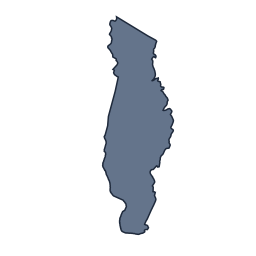 the district of Santo Domingo, Heredia, Costa Rica, rotated 294°
{"feature_id": "36466004B42528660936066", "entity_name": "Santo Domingo", "entity_type": "district", "adm_level": 2, "iso_a3": "CRI", "parent_name": "Costa Rica", "parent_adm1": "Heredia", "projection": "orthographic", "projection_center": [-84.061, 9.988], "detail": "fine", "context": "isolated", "style": "filled", "palette": "slate", "viewbox_px": 256, "rotation_deg": 294, "n_neighbors": 0, "source": "geoboundaries", "source_scale": "gbopen_adm2", "svg_char_len": 5750}
<svg xmlns="http://www.w3.org/2000/svg" viewBox="0 0 256 256"><g transform="rotate(294 128 128)"><path d="M224.9,72.3L224.1,72.8L223.0,73.3L222.0,73.3L220.8,73.0L220.3,72.6L220.2,72.2L220.2,70.9L220.1,70.3L219.7,69.6L219.4,69.0L219.0,68.8L217.6,68.7L215.9,69.0L215.0,69.4L214.5,70.0L213.9,71.1L212.5,72.6L211.1,72.9L210.6,73.1L209.7,73.2L208.3,73.1L207.1,72.9L206.3,72.9L205.9,73.1L205.9,73.4L205.4,74.1L205.0,75.1L204.7,75.6L204.0,76.1L203.5,76.3L203.5,76.5L203.4,76.8L202.2,77.4L200.8,77.6L200.0,77.9L199.1,78.1L198.6,78.1L197.6,77.8L196.3,77.2L195.8,76.8L195.0,76.5L194.9,76.4L194.5,76.4L193.9,76.5L193.2,77.0L193.0,77.3L192.8,78.0L191.9,79.7L191.9,80.0L191.5,80.6L191.0,81.1L189.7,82.9L189.2,83.9L186.7,85.3L186.4,88.8L186.3,89.0L186.0,89.3L185.9,89.4L184.8,89.7L184.5,90.8L183.4,92.1L182.7,92.3L181.3,92.3L175.4,90.4L175.3,91.4L175.0,92.1L173.0,92.3L172.5,92.5L171.4,93.8L171.2,94.3L171.1,94.9L171.0,95.3L170.9,96.0L170.6,97.0L170.6,98.4L156.2,101.4L130.6,105.4L121.8,108.5L112.2,110.0L112.2,109.9L110.4,109.8L110.2,110.1L109.8,110.2L109.5,110.6L109.1,110.8L108.3,111.9L108.0,112.2L107.8,112.6L107.4,112.8L106.6,113.6L106.2,113.8L105.8,113.9L105.2,114.3L103.7,114.4L103.3,114.5L102.3,114.6L101.4,114.8L100.5,114.9L100.0,115.0L98.6,115.1L97.9,115.5L97.0,115.8L96.8,116.6L96.4,117.4L95.9,117.8L95.1,118.1L94.7,118.4L93.8,118.4L93.4,118.6L92.6,118.9L90.2,118.9L89.8,119.1L88.4,119.1L88.0,119.3L85.6,119.3L85.3,119.6L84.0,120.0L83.6,120.0L83.3,120.3L82.6,120.7L82.0,121.3L81.5,122.1L80.3,123.5L80.2,123.9L79.8,124.1L79.8,124.6L78.5,125.9L78.1,126.0L77.4,126.7L77.0,126.9L76.6,127.2L75.8,128.4L75.1,129.0L74.9,129.4L74.1,130.2L73.4,130.8L72.7,131.5L72.6,131.9L71.9,132.6L71.2,133.1L70.7,133.6L70.3,133.9L69.9,134.1L69.7,134.3L69.2,134.5L68.1,135.2L67.2,135.5L66.6,136.0L65.7,136.2L64.9,136.6L64.4,136.7L63.2,137.3L62.9,137.7L62.7,138.1L62.3,138.2L61.9,139.0L61.6,139.3L61.5,139.7L60.6,141.2L60.1,142.4L60.1,152.8L59.7,153.5L59.4,153.9L59.4,154.3L58.9,155.1L58.8,155.5L58.2,156.1L58.2,156.5L57.5,157.2L56.7,157.6L56.3,158.0L55.5,158.5L51.3,158.5L50.7,157.9L50.0,157.6L49.8,157.3L49.4,157.1L45.6,157.1L44.7,157.3L42.4,157.3L41.9,157.4L41.5,157.7L41.1,157.8L40.6,157.8L40.3,158.0L39.9,158.0L38.2,158.8L38.0,159.2L37.5,159.2L36.8,159.8L35.5,160.5L35.0,161.1L34.5,161.2L34.2,161.6L33.1,162.3L32.9,162.7L32.5,162.8L31.8,163.5L31.6,163.9L31.3,164.2L31.3,164.7L31.1,165.0L31.1,168.3L31.3,168.7L31.3,169.1L31.5,169.4L31.8,169.7L31.8,170.2L32.0,170.6L32.4,172.0L32.7,172.4L32.8,172.8L33.2,173.6L33.3,174.4L33.6,174.8L33.7,175.7L34.2,176.9L34.2,177.8L35.0,180.6L35.4,181.3L36.4,182.1L36.6,182.5L36.9,182.7L37.7,183.9L37.8,184.0L38.4,184.6L38.5,184.6L38.9,184.9L39.2,185.1L39.3,185.2L39.9,185.5L40.1,185.5L40.7,184.8L41.4,184.7L42.2,185.2L42.6,185.8L43.0,186.5L43.1,187.0L45.2,187.3L46.4,185.9L46.7,185.7L46.8,185.4L46.9,184.6L46.7,183.7L46.7,182.4L46.8,182.3L50.3,182.3L52.7,182.6L61.5,182.6L61.9,182.6L63.4,182.6L63.8,182.7L66.3,182.7L67.2,182.8L72.3,182.8L73.9,182.6L74.6,182.2L75.0,181.9L77.0,179.7L80.2,179.1L80.1,178.9L80.4,177.8L80.0,176.9L80.0,176.7L80.8,176.5L82.7,175.7L84.2,175.1L84.4,174.9L84.9,173.9L85.4,173.8L86.5,174.1L89.1,174.4L89.4,174.4L90.0,174.1L90.8,173.4L92.4,171.6L92.8,170.6L93.4,170.3L93.7,170.0L93.8,169.4L94.7,168.0L95.3,167.1L96.3,166.3L97.1,166.0L98.2,166.0L99.4,166.4L99.6,166.6L100.4,167.9L100.8,168.1L102.4,168.6L105.0,169.5L105.1,169.9L104.5,170.8L104.4,171.2L105.0,171.7L105.3,172.2L109.5,171.1L109.9,170.8L110.6,170.4L111.4,170.4L112.5,170.2L114.0,169.6L115.9,169.6L116.6,169.8L117.7,170.4L118.7,170.6L122.7,170.6L124.2,171.0L124.9,171.4L125.8,172.8L126.2,173.5L126.6,173.7L127.5,173.6L128.6,173.6L129.5,173.5L130.1,173.1L130.9,171.9L131.4,171.4L132.3,171.2L133.0,170.7L134.0,170.1L135.5,170.1L137.1,170.4L137.8,170.4L138.7,170.3L139.3,170.0L140.3,170.0L141.0,170.1L142.9,170.5L143.7,170.5L144.4,170.3L144.7,169.9L144.9,169.3L144.9,168.8L145.2,167.8L145.6,167.1L146.3,166.8L148.6,167.0L151.9,166.8L152.9,166.6L153.6,166.3L156.6,163.0L156.6,162.8L156.9,162.3L157.0,162.2L157.5,161.3L158.5,161.2L159.3,161.4L160.8,161.4L161.1,161.2L161.7,160.7L161.8,160.2L162.5,159.1L162.6,158.5L162.6,157.9L162.0,157.2L161.7,156.7L160.6,156.0L159.4,155.0L158.8,154.0L158.5,153.5L158.4,152.9L159.3,152.8L160.3,152.8L161.8,153.0L162.3,153.2L162.7,153.2L163.2,153.5L163.4,153.5L164.6,153.9L165.7,153.9L166.1,153.8L166.6,153.7L166.9,153.5L168.0,153.2L169.2,153.2L169.7,153.3L170.6,152.5L170.9,152.1L171.3,151.8L171.5,151.5L172.0,150.3L172.2,150.0L172.3,149.6L172.8,149.1L173.1,148.7L173.5,148.0L173.7,147.3L175.3,145.0L175.4,144.9L175.5,144.6L175.5,143.3L175.6,143.0L176.5,143.1L177.1,143.5L177.3,143.9L177.3,144.1L177.7,144.7L179.4,144.5L179.6,144.3L179.7,144.1L179.7,143.7L179.1,141.9L179.1,141.6L179.6,140.7L180.1,140.5L181.2,140.2L182.4,139.2L183.3,138.6L183.3,137.8L183.0,137.1L183.0,136.2L183.5,135.8L185.1,135.8L185.5,135.6L186.0,135.3L185.9,135.2L185.3,134.5L185.2,134.4L184.4,133.2L182.4,132.2L181.8,131.8L181.1,131.0L181.0,130.8L181.1,130.7L182.1,131.2L182.3,131.2L183.0,131.6L186.3,131.7L187.3,131.5L188.5,131.0L191.1,129.2L191.3,128.9L192.6,127.8L192.9,127.3L193.5,126.8L194.3,125.8L194.8,125.5L195.8,124.7L196.7,124.3L197.3,124.2L199.1,123.5L199.8,122.9L200.0,122.4L200.4,122.0L200.4,121.8L200.6,121.8L200.8,121.6L201.9,121.8L202.4,122.0L203.3,122.2L203.7,122.5L203.7,123.3L203.6,123.6L203.4,123.8L203.4,124.6L204.2,124.6L204.9,124.4L205.2,124.2L205.4,123.9L205.5,123.7L205.8,123.3L206.0,122.6L206.0,122.0L206.3,121.2L206.6,120.7L206.9,120.6L207.7,120.5L208.4,120.3L209.3,119.9L209.7,119.6L210.2,119.4L210.8,119.4L211.8,119.8L213.4,119.8L213.7,119.7L214.2,119.4L214.9,119.4L215.2,119.2L216.2,119.2L216.4,119.0L218.4,119.0L218.9,118.9L219.5,117.5L220.2,108.7L224.9,72.3Z" fill="#64748b" stroke="#1e293b" stroke-width="1.5"/></g></svg>